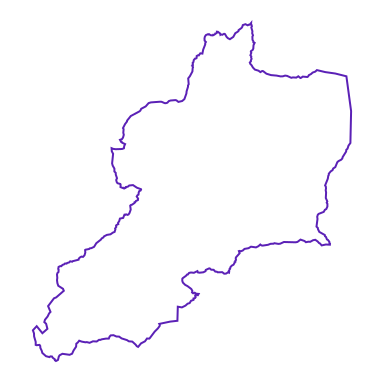 Sekyere Central, Ashanti, Ghana (orthographic projection)
{"feature_id": "2480657B47319682331963", "entity_name": "Sekyere Central", "entity_type": "district", "adm_level": 2, "iso_a3": "GHA", "parent_name": "Ghana", "parent_adm1": "Ashanti", "projection": "orthographic", "projection_center": [-1.176, 7.217], "detail": "fine", "context": "isolated", "style": "outline", "palette": "violet", "viewbox_px": 384, "rotation_deg": 0, "n_neighbors": 0, "source": "geoboundaries", "source_scale": "gbopen_adm2", "svg_char_len": 5902}
<svg xmlns="http://www.w3.org/2000/svg" viewBox="0 0 384 384"><path d="M177.4,320.8L177.8,306.7L181.9,307.4L185.5,305.6L187.6,303.7L189.6,303.1L191.0,300.8L193.5,299.9L193.7,299.3L193.5,298.5L195.1,298.0L195.7,297.0L195.1,295.9L195.5,294.7L197.0,294.4L197.2,295.1L197.9,295.2L198.6,293.9L196.2,293.7L194.7,292.7L193.1,293.3L192.0,292.4L192.4,291.0L191.3,289.0L187.5,286.1L185.2,284.9L182.9,282.6L182.3,280.9L182.3,278.8L182.7,278.2L186.0,275.8L187.1,274.5L187.8,274.5L189.1,272.9L191.0,272.5L193.9,272.8L197.4,271.1L197.9,272.4L199.5,272.7L203.3,272.3L205.5,271.2L205.8,269.9L209.1,268.4L209.7,268.4L211.2,269.7L213.6,269.8L215.3,271.6L216.8,271.7L217.7,272.3L222.3,272.2L224.2,273.7L226.0,273.6L228.1,272.3L229.0,272.7L229.2,271.6L228.7,271.1L229.9,269.1L229.7,268.8L230.2,268.3L230.4,267.2L231.7,265.7L233.5,264.7L234.7,262.6L234.6,262.2L235.4,261.8L235.3,260.7L236.0,259.9L235.7,258.1L236.1,257.2L239.6,253.3L238.9,251.1L239.7,250.9L240.8,251.3L242.8,250.5L244.5,248.9L248.5,248.2L251.0,246.7L256.0,247.4L258.4,246.2L260.3,244.5L261.4,245.4L262.7,245.6L268.0,244.8L270.6,243.8L273.6,243.7L274.3,243.2L278.4,243.9L280.2,243.7L283.9,242.0L295.7,242.3L297.5,241.9L300.5,239.6L304.5,241.0L305.9,242.2L308.3,241.7L310.2,241.8L313.1,240.2L315.3,239.8L317.7,241.5L319.0,243.0L319.9,243.4L321.7,245.4L325.9,244.5L329.9,244.7L330.0,243.6L329.4,242.9L329.3,241.7L327.9,239.9L326.9,239.4L326.0,237.0L325.0,236.2L324.8,235.0L319.3,231.9L318.0,229.2L317.8,227.9L316.5,226.6L317.5,218.9L317.2,216.8L317.8,214.8L318.6,213.9L323.7,211.9L324.9,209.8L326.3,209.0L327.4,206.5L327.4,203.8L326.7,202.7L327.3,201.4L325.8,198.0L326.1,192.5L325.7,190.2L326.0,188.4L325.8,186.5L325.1,185.5L327.8,178.7L328.3,175.7L328.8,174.9L328.8,173.7L330.8,171.3L332.5,170.2L333.2,168.5L335.3,167.1L337.3,162.2L338.5,161.1L341.2,159.7L342.3,158.5L342.7,157.0L346.1,151.6L346.3,149.8L347.5,148.7L348.5,145.6L350.4,143.0L351.1,111.1L346.4,76.3L335.2,73.5L325.3,72.1L316.9,70.1L315.3,71.6L312.6,72.6L311.1,74.0L308.8,75.2L308.2,76.4L307.3,77.0L302.7,76.6L301.3,77.7L300.4,78.0L298.3,76.3L296.3,77.6L292.9,77.4L291.3,77.8L287.1,75.9L285.1,75.6L282.9,76.3L280.6,76.4L276.6,75.6L271.0,75.1L266.4,73.7L263.2,71.2L262.2,71.0L260.4,72.1L258.5,70.7L254.9,69.6L252.9,67.5L251.5,65.1L250.3,63.9L249.8,62.5L250.9,61.4L250.9,60.3L251.6,58.8L251.1,57.4L251.3,56.4L250.4,55.3L251.3,52.8L250.8,51.8L251.0,51.1L252.6,50.0L253.3,48.6L253.5,45.2L254.6,42.9L253.4,42.4L253.5,41.6L252.5,39.8L252.4,36.6L253.0,35.3L252.2,33.3L252.4,31.2L251.3,27.5L251.9,26.3L251.5,24.8L251.0,24.2L251.1,23.0L249.7,24.7L249.0,24.6L247.7,25.3L245.4,24.2L242.8,25.1L242.3,26.8L241.5,28.0L238.6,30.1L238.5,31.0L237.6,31.8L235.3,33.2L233.3,36.9L229.9,39.2L227.9,38.2L226.6,36.9L225.0,34.1L224.1,33.8L222.2,34.8L221.0,34.4L220.4,34.8L220.1,33.5L217.9,31.8L216.9,31.7L216.9,32.8L215.9,33.5L215.3,33.5L215.1,34.1L213.7,35.0L213.1,34.8L212.7,35.4L210.6,35.2L209.1,34.2L208.4,34.5L208.0,34.2L205.9,35.1L204.9,36.6L204.5,38.3L204.6,40.6L205.9,42.0L205.2,43.1L205.2,44.5L203.2,49.6L202.4,53.6L200.3,53.3L198.8,55.4L198.2,55.2L196.7,56.0L196.6,58.0L195.7,58.6L195.0,58.6L193.8,60.0L193.4,62.1L192.7,62.8L192.9,63.9L192.6,64.3L192.9,65.1L192.2,65.8L192.7,66.2L193.0,67.4L192.7,67.9L192.4,71.5L189.9,76.2L188.2,78.4L188.7,84.2L188.0,85.5L188.0,86.8L186.6,91.3L186.4,93.5L184.4,99.1L182.2,101.0L178.4,101.9L176.5,100.4L175.5,100.1L170.6,100.5L168.8,101.1L167.4,102.7L165.8,103.2L164.6,103.1L161.6,101.8L160.3,101.7L150.9,102.4L148.6,103.1L145.7,106.4L141.2,108.8L140.4,110.5L139.6,111.3L130.8,116.0L127.1,120.6L127.0,121.5L125.1,124.0L123.0,128.1L123.6,129.1L123.3,132.8L123.8,134.8L123.0,137.6L121.9,139.2L120.0,139.8L121.1,141.9L121.7,141.9L122.1,142.7L125.1,144.1L124.2,146.1L123.9,148.3L122.0,149.0L115.7,149.2L113.3,148.9L111.6,148.2L111.8,151.3L113.1,153.8L112.1,163.4L112.7,165.6L114.4,168.6L114.4,171.5L115.7,172.8L115.8,174.7L117.0,178.2L116.2,180.0L116.7,182.0L117.5,183.2L120.3,184.0L120.6,184.7L120.5,187.1L123.8,188.4L124.1,187.9L124.6,188.3L125.3,188.0L126.0,187.5L126.0,187.0L127.8,186.7L129.2,185.5L133.0,185.1L136.9,187.7L141.0,189.2L141.1,189.5L140.6,190.5L139.2,191.2L138.7,192.5L138.5,194.6L137.5,195.2L136.7,196.5L138.1,198.6L137.9,200.1L135.9,201.0L135.3,202.1L134.6,202.2L134.5,203.0L132.0,204.7L130.7,205.1L130.2,205.7L130.7,209.6L129.5,213.0L128.5,214.5L127.4,214.9L126.4,214.4L124.7,214.6L124.7,215.1L124.2,215.2L123.2,217.9L119.9,218.6L119.3,220.9L118.0,223.0L118.3,224.1L116.4,225.1L116.0,225.8L116.3,226.9L115.1,228.5L115.4,229.3L114.6,231.9L112.9,232.6L110.5,234.3L106.9,234.9L104.0,236.4L103.3,237.5L101.7,238.4L100.9,239.6L96.3,243.2L94.1,246.8L91.5,248.1L89.7,248.4L89.1,249.0L85.5,249.7L85.1,250.0L85.3,252.6L84.5,255.3L83.0,256.9L81.4,256.6L80.0,257.4L78.8,258.6L78.6,259.7L72.7,261.2L72.2,261.7L70.2,261.3L69.2,262.4L67.1,263.0L66.6,263.6L65.0,263.5L64.0,264.4L62.5,264.9L61.3,266.2L60.3,266.1L58.6,266.9L58.2,269.0L58.6,269.6L58.5,272.0L57.4,273.1L57.0,274.5L57.3,277.9L57.0,280.1L57.4,283.2L58.3,285.8L63.0,288.8L63.8,290.8L56.2,297.4L54.0,298.3L48.1,306.1L50.5,311.9L49.1,313.4L47.6,316.5L45.0,319.7L44.3,322.1L46.1,323.7L47.4,328.8L42.4,333.2L36.7,326.2L32.9,330.3L34.0,333.4L34.1,336.4L35.7,341.9L35.7,344.9L36.6,345.2L39.5,344.9L40.2,345.9L40.4,348.0L41.7,350.7L42.3,352.9L46.0,356.2L49.5,357.1L50.3,356.4L52.0,356.5L52.7,357.7L54.9,359.4L54.9,360.3L55.9,361.0L58.0,359.9L58.8,356.6L59.6,355.3L62.4,353.8L69.6,354.8L72.1,353.7L73.6,350.4L76.1,346.7L76.3,343.7L77.8,342.5L79.2,340.7L81.7,341.6L85.4,342.3L86.8,342.1L89.6,342.8L93.0,341.3L96.7,341.5L99.1,339.8L100.3,339.9L101.8,339.3L106.0,338.6L108.8,338.6L109.6,336.6L110.7,335.4L113.5,335.2L116.4,336.5L119.1,336.6L121.6,338.4L127.0,340.1L128.8,341.3L132.3,341.6L135.6,344.6L136.8,346.2L138.1,346.9L141.0,343.4L145.0,341.3L147.0,338.5L149.3,338.6L149.8,338.1L154.7,331.6L157.9,328.4L159.7,325.9L159.8,324.8L159.3,323.9L170.2,321.6L177.4,320.8Z" fill="none" stroke="#5b21b6" stroke-width="2"/></svg>